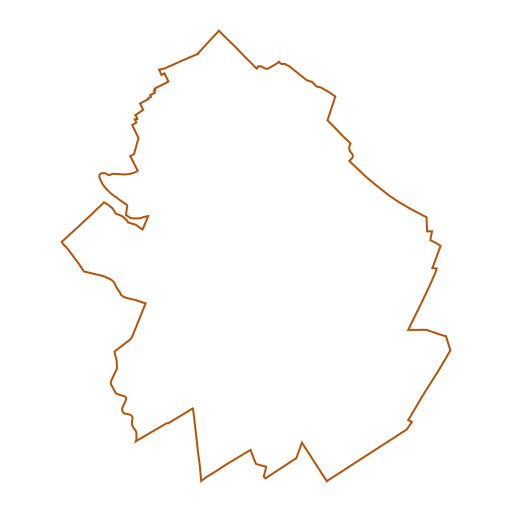 Oarja, Arges, Romania
{"feature_id": "2599482B29639056489125", "entity_name": "Oarja", "entity_type": "district", "adm_level": 2, "iso_a3": "ROU", "parent_name": "Romania", "parent_adm1": "Arges", "projection": "orthographic", "projection_center": [24.954, 44.771], "detail": "fine", "context": "isolated", "style": "outline", "palette": "amber", "viewbox_px": 512, "rotation_deg": 0, "n_neighbors": 0, "source": "geoboundaries", "source_scale": "gbopen_adm2", "svg_char_len": 5335}
<svg xmlns="http://www.w3.org/2000/svg" viewBox="0 0 512 512"><path d="M326.9,481.3L329.0,479.7L341.4,471.7L366.1,455.7L393.1,438.3L405.6,430.2L406.9,429.3L411.9,421.9L408.2,420.1L412.1,413.6L422.8,395.4L438.7,370.3L450.4,350.4L446.0,336.2L442.3,335.3L426.2,329.8L408.2,329.9L413.9,318.2L423.1,299.5L430.7,283.4L435.5,272.3L436.6,268.5L432.4,268.1L440.6,245.9L436.7,243.4L430.5,240.2L430.7,237.4L432.1,231.3L427.1,231.3L426.5,217.2L423.1,215.5L411.1,209.2L398.4,201.8L389.1,195.5L375.3,184.6L365.8,176.6L361.8,172.8L352.8,164.3L349.5,161.1L349.4,160.8L350.6,159.6L351.8,158.5L352.4,157.6L352.8,156.3L352.7,155.0L352.0,153.7L349.7,150.9L349.2,148.6L349.5,145.8L350.5,143.4L342.5,135.7L337.1,130.1L331.7,124.5L327.4,120.4L327.6,119.7L329.5,114.1L333.6,101.8L334.4,99.1L335.3,96.5L334.4,95.8L333.9,95.5L329.3,92.3L320.9,87.5L319.0,87.1L316.3,86.4L314.3,84.2L312.3,82.0L310.5,81.4L306.7,80.2L302.3,76.7L296.3,71.9L291.3,67.9L290.8,67.5L290.3,67.1L289.2,66.3L288.7,65.8L287.9,65.6L286.9,65.2L286.2,64.8L285.5,64.2L285.0,63.9L283.9,63.9L282.3,64.1L281.4,63.8L280.5,63.3L279.7,62.8L278.9,61.8L277.8,62.8L274.2,65.1L270.5,67.2L269.2,67.9L267.1,68.9L265.7,68.6L264.3,68.2L263.0,67.3L261.7,66.6L260.8,66.3L259.7,66.3L258.6,66.3L257.9,66.4L257.7,67.0L257.7,67.5L256.7,68.6L244.0,55.9L234.3,45.8L226.0,37.9L218.9,30.7L218.3,31.4L198.2,53.1L198.6,53.2L198.5,53.4L197.8,54.1L196.4,54.5L187.3,58.4L187.2,58.5L184.5,59.6L184.0,59.8L180.3,61.4L177.3,62.8L174.5,64.0L173.8,64.4L172.1,65.1L169.2,66.4L167.4,67.2L165.5,68.0L163.1,68.8L161.7,69.1L159.1,69.5L159.3,69.9L159.4,70.2L160.2,72.0L160.8,73.5L161.5,75.0L164.4,73.3L165.4,75.4L166.5,77.4L168.4,81.5L165.6,83.1L164.5,83.6L158.6,86.6L155.8,88.0L154.6,88.7L155.4,90.1L154.4,90.6L153.9,90.9L154.9,92.8L154.5,93.0L150.2,95.1L151.0,96.8L150.9,96.9L148.1,98.3L148.4,99.1L144.6,101.1L140.9,103.1L140.0,103.5L141.4,106.1L141.6,106.6L142.3,108.1L143.2,109.8L135.3,115.2L136.7,117.1L137.2,119.1L134.8,119.3L136.3,122.6L132.2,125.0L138.5,138.1L134.0,154.2L132.1,155.1L130.2,156.1L134.1,163.7L137.7,170.7L137.1,171.1L136.6,171.5L133.9,172.7L130.7,173.7L127.9,174.2L124.5,174.5L121.9,174.3L119.2,174.1L118.0,174.1L115.3,173.9L113.2,173.8L112.6,173.8L111.9,174.1L110.7,174.7L109.8,175.2L108.9,175.2L108.2,174.9L107.4,174.4L106.6,173.9L105.6,173.4L104.2,173.2L103.5,173.2L103.1,173.2L102.0,173.2L101.4,173.2L101.1,173.4L100.4,173.9L99.5,175.1L99.3,176.5L99.5,177.6L102.1,183.3L103.6,185.6L105.3,187.7L105.5,188.0L106.2,188.8L106.6,189.2L106.9,189.5L109.0,191.6L110.6,193.1L111.8,194.2L112.6,194.7L114.3,196.1L116.0,197.1L117.7,198.4L120.1,200.3L122.0,201.5L123.6,202.6L125.2,203.7L125.9,204.2L126.6,204.7L127.0,205.3L127.2,206.0L127.3,206.7L127.0,207.8L126.6,210.1L126.0,215.2L127.4,216.0L128.8,216.9L130.4,218.0L132.8,218.4L134.4,218.4L136.0,218.4L138.6,218.4L141.9,217.7L143.6,217.0L148.1,216.1L147.0,219.0L145.9,221.6L144.6,224.8L143.2,228.0L142.6,229.5L141.7,229.1L140.0,227.8L139.0,227.1L137.9,226.4L136.8,225.4L136.2,225.0L135.6,224.6L134.4,224.3L132.9,223.9L131.4,223.5L130.4,223.2L129.4,222.9L128.4,222.5L127.7,221.8L127.5,221.3L127.2,220.9L126.8,220.3L126.0,219.6L125.3,218.9L124.4,218.1L123.3,217.0L121.5,215.8L120.4,215.4L119.4,214.9L117.4,214.3L116.5,214.0L115.0,212.4L114.0,210.6L112.5,208.4L111.4,207.3L110.2,206.6L108.0,204.7L104.5,202.6L104.3,202.5L104.0,202.3L102.9,203.4L101.1,205.2L100.0,206.3L97.5,208.5L96.2,209.7L92.9,213.0L92.0,213.9L87.7,217.9L81.4,223.8L76.9,228.0L61.6,242.0L62.1,242.7L63.7,244.8L65.1,246.3L65.5,246.4L68.3,249.7L72.4,255.2L74.6,258.1L75.5,259.4L79.3,264.4L81.6,268.0L84.0,271.5L90.0,272.9L92.8,273.6L97.7,274.7L101.4,275.6L103.2,276.0L110.5,279.3L111.9,280.3L113.0,281.2L114.3,283.0L114.9,283.7L115.4,285.3L115.9,286.3L117.4,288.8L119.2,291.3L119.8,292.3L120.5,293.7L121.0,294.9L122.0,295.7L122.9,296.5L125.9,297.7L131.3,299.1L135.2,299.9L135.6,300.0L136.0,300.1L136.6,300.5L138.5,301.1L139.1,301.2L139.5,301.3L140.0,301.5L141.7,302.2L142.9,302.6L144.9,303.2L145.6,303.4L141.2,314.3L136.8,325.2L132.4,336.1L131.9,337.2L131.3,338.2L129.2,340.4L127.4,341.7L125.5,343.1L121.1,346.5L116.7,349.8L114.5,351.5L114.6,351.9L114.9,353.4L115.2,355.4L116.2,358.3L116.7,361.1L116.9,367.1L116.9,368.6L110.9,381.6L110.9,384.2L111.1,384.7L111.5,385.2L112.9,387.9L114.3,390.4L115.5,392.6L115.8,393.0L116.0,393.4L117.2,394.0L120.4,395.1L123.5,396.0L125.1,396.5L125.7,397.3L126.2,398.0L125.9,399.7L125.1,401.9L123.7,404.9L122.5,407.4L122.0,409.1L122.3,410.6L122.9,412.1L123.8,413.2L124.9,413.6L127.1,414.0L129.4,414.5L130.6,415.0L131.7,415.9L132.4,417.1L132.5,417.8L132.6,418.5L132.1,420.6L131.9,422.1L132.0,423.8L132.1,424.6L132.3,425.5L133.0,427.2L134.6,429.3L135.8,431.1L136.3,432.2L136.4,433.4L136.4,434.6L136.4,435.7L136.4,436.7L136.5,438.9L136.1,440.7L135.9,441.2L140.7,438.4L157.5,428.6L160.2,427.0L166.9,423.1L168.0,423.4L175.5,418.9L183.0,414.4L192.7,408.4L193.0,408.6L193.3,411.1L195.6,430.6L196.1,435.0L196.2,436.3L196.3,436.8L196.4,437.6L196.4,437.8L197.1,443.1L197.3,445.4L197.4,446.5L197.5,447.7L197.6,448.9L197.7,449.8L197.7,450.1L197.9,451.3L198.0,452.5L198.5,455.6L198.7,457.2L199.3,461.7L199.6,463.8L199.6,464.1L200.0,467.8L201.2,481.0L207.0,476.6L210.1,474.8L213.3,472.9L228.3,463.2L250.5,449.9L255.4,462.6L256.3,464.1L266.1,466.7L265.3,470.8L263.7,476.5L265.4,478.4L296.3,458.1L301.9,442.7L302.1,443.0L326.9,481.3Z" fill="none" stroke="#b45309" stroke-width="2"/></svg>